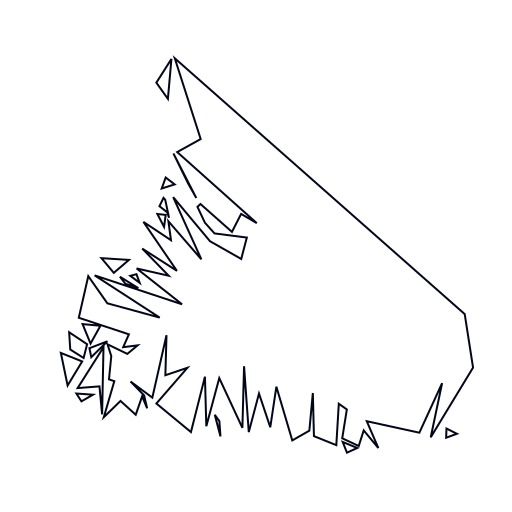 the border of Kommune Kujalleq, rotated 84°
{"feature_id": "GRL-2740", "entity_name": "Kommune Kujalleq", "entity_type": "state/province", "adm_level": 1, "iso_a3": "GRL", "parent_name": "Greenland", "parent_adm1": "", "projection": "orthographic", "projection_center": [-44.745, 61.276], "detail": "medium", "context": "isolated", "style": "outline", "palette": "ink", "viewbox_px": 512, "rotation_deg": 84, "n_neighbors": 0, "source": "natural_earth", "source_scale": "10m", "svg_char_len": 1945}
<svg xmlns="http://www.w3.org/2000/svg" viewBox="0 0 512 512"><g transform="rotate(84 256 256)"><path d="M389.7,51.8L454.6,101.2L401.9,84.2L448.8,112.0L431.9,163.1L459.8,154.4L440.7,167.1L455.7,173.7L446.3,189.3L418.1,181.7L411.6,189.1L452.5,195.9L441.2,217.2L398.2,213.8L435.3,221.2L443.2,239.2L388.1,249.4L427.8,259.7L393.1,267.4L430.4,281.6L364.4,279.4L425.5,287.5L373.6,305.3L420.1,323.2L370.7,319.4L424.3,339.1L392.3,370.5L360.0,335.9L365.1,358.6L325.4,353.3L386.0,373.9L367.7,393.9L383.0,381.8L396.1,380.2L383.6,383.9L401.3,392.2L386.0,405.9L400.4,424.2L365.7,410.0L363.3,415.1L340.4,410.4L328.3,412.9L339.9,394.2L332.5,383.1L332.8,397.6L320.6,390.6L298.9,438.7L258.5,424.9L287.5,408.8L307.2,358.2L258.4,418.5L296.3,334.6L255.9,376.0L266.5,344.9L236.7,368.4L262.5,336.2L210.3,364.4L231.4,338.9L212.3,339.5L253.6,310.7L188.8,332.2L236.5,300.2L257.4,271.0L236.7,263.2L229.2,294.9L217.6,303.3L201.0,309.1L198.5,305.8L229.5,277.4L212.6,266.4L223.4,251.8L144.4,323.5L133.9,298.8L50.9,316.1L335.6,54.5L389.7,51.8ZM397.4,425.6L369.3,425.3L368.7,447.2L330.8,417.2L397.4,425.6ZM342.7,439.9L365.1,456.9L332.0,460.2L342.7,439.9ZM51.2,319.5L90.5,327.2L73.2,337.0L51.2,319.5ZM176.6,316.0L145.4,327.4L192.1,309.3L176.6,316.0ZM246.6,382.8L257.9,399.2L242.0,409.9L246.6,382.8ZM325.8,429.7L305.6,435.6L309.1,418.0L325.8,429.7ZM339.4,438.1L329.6,450.5L312.3,449.8L326.1,433.2L339.4,438.1ZM176.3,329.4L179.0,342.7L168.5,337.6L176.3,329.4ZM376.9,432.6L382.3,444.8L374.0,449.0L376.9,432.6ZM447.5,84.6L453.8,74.8L456.6,85.9L447.5,84.6ZM330.3,431.3L325.3,412.7L339.4,430.4L330.3,431.3ZM416.4,309.7L431.7,310.2L409.6,313.6L416.4,309.7ZM457.5,175.4L461.1,186.1L450.0,189.2L457.5,175.4ZM203.9,349.7L205.7,341.5L217.4,344.4L203.9,349.7ZM208.9,338.5L203.3,339.7L196.4,346.8L188.5,341.9L190.6,340.4L208.9,338.5ZM262.4,393.5L275.7,376.4L270.0,388.8L262.4,393.5ZM270.5,374.5L262.6,383.1L261.6,376.8L270.5,374.5Z" fill="none" stroke="#020617" stroke-width="2"/></g></svg>